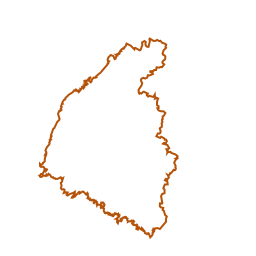 Sylhet, Sylhet, Bangladesh, rotated 292°
{"feature_id": "16705992B47932115867008", "entity_name": "Sylhet", "entity_type": "district", "adm_level": 2, "iso_a3": "BGD", "parent_name": "Bangladesh", "parent_adm1": "Sylhet", "projection": "mercator", "projection_center": [91.877, 24.89], "detail": "fine", "context": "isolated", "style": "outline", "palette": "amber", "viewbox_px": 256, "rotation_deg": 292, "n_neighbors": 0, "source": "geoboundaries", "source_scale": "gbopen_adm2", "svg_char_len": 5733}
<svg xmlns="http://www.w3.org/2000/svg" viewBox="0 0 256 256"><g transform="rotate(292 128 128)"><path d="M41.3,190.7L41.4,190.2L42.1,190.5L42.3,189.8L42.7,190.4L43.2,189.7L43.7,190.3L44.3,189.5L46.3,193.0L46.3,195.4L55.5,198.4L57.6,197.3L60.5,197.1L61.3,194.9L64.7,192.2L65.0,190.8L67.1,190.6L66.7,187.8L67.7,186.6L70.1,185.9L70.6,187.8L71.2,188.0L77.2,184.2L79.7,184.4L81.2,186.3L84.5,185.0L85.4,183.3L89.4,183.3L90.6,185.9L93.2,184.5L93.4,181.8L95.1,182.2L94.8,183.7L97.6,184.4L99.4,182.2L99.3,183.2L99.9,183.8L101.3,184.3L101.8,183.9L102.9,185.1L106.4,186.0L106.3,187.1L107.0,187.6L108.5,187.5L109.3,186.6L110.7,186.4L113.1,183.8L116.4,184.1L117.7,184.8L117.7,183.9L118.6,184.8L118.7,184.3L120.4,184.5L121.3,181.9L121.1,177.6L121.8,176.2L121.0,175.1L121.0,174.2L119.7,173.8L120.6,173.6L122.7,171.6L123.1,172.4L122.6,173.1L123.4,173.0L124.7,173.8L127.0,170.8L126.6,166.4L127.7,166.9L127.8,168.8L130.5,168.9L131.5,167.6L130.9,166.5L132.0,165.4L132.3,162.0L130.8,161.5L131.0,157.4L134.2,157.8L134.6,159.2L135.6,159.8L137.2,159.5L139.3,157.7L140.0,157.7L141.5,158.9L143.9,158.2L144.9,157.4L146.6,157.7L147.9,156.6L149.0,156.4L149.3,156.8L151.7,155.8L153.0,156.7L155.9,157.0L156.8,154.7L155.8,152.1L155.8,149.9L156.3,148.8L157.4,147.8L157.9,148.9L159.7,148.2L160.0,146.4L163.5,145.0L166.6,144.9L166.7,143.8L165.3,142.1L166.9,142.0L167.7,140.9L169.0,140.3L166.3,139.9L165.8,135.8L164.7,134.9L165.4,133.3L167.2,133.5L166.8,132.6L167.3,132.4L167.6,129.3L167.4,128.7L164.9,127.4L165.0,126.0L164.1,125.7L164.7,124.8L167.4,123.5L172.5,124.6L175.1,124.3L176.1,122.8L177.9,121.9L178.9,122.1L180.2,123.3L180.3,125.4L182.1,126.9L184.4,126.7L184.8,128.2L187.3,130.9L188.3,130.3L188.3,127.7L188.9,127.4L190.5,130.3L191.5,130.5L192.3,132.3L195.0,131.8L195.6,134.3L196.7,135.2L197.2,136.8L200.6,137.7L201.1,135.8L201.8,135.2L203.3,135.4L205.6,136.7L208.4,135.8L209.0,134.6L209.2,132.7L210.0,132.2L213.4,131.9L216.6,133.3L217.3,132.3L219.5,132.3L220.0,131.0L219.8,127.8L221.0,125.3L220.2,124.3L220.6,122.0L219.1,120.9L218.3,119.0L219.1,114.7L218.4,114.5L216.6,115.8L210.9,116.6L210.5,115.4L210.9,113.9L212.1,112.8L214.5,112.2L214.8,110.7L212.6,109.0L210.5,110.2L205.3,110.4L204.4,109.8L205.0,104.8L204.6,104.3L203.3,104.4L205.4,99.6L205.7,95.0L203.0,95.2L201.3,94.3L200.7,94.5L200.4,93.9L199.9,94.2L198.7,92.6L196.7,92.0L196.6,92.9L194.8,91.7L193.7,92.3L193.3,92.0L193.4,91.1L192.3,90.2L191.8,90.9L191.3,90.8L191.2,90.1L190.9,90.8L190.4,90.3L187.6,90.5L187.2,90.1L187.4,89.8L187.8,89.2L187.1,90.0L186.9,89.8L189.2,87.6L189.2,84.6L186.1,83.4L183.5,83.5L182.8,84.4L182.8,85.4L181.7,84.9L181.0,85.6L180.0,85.3L180.2,85.0L180.1,84.9L178.6,85.0L169.1,81.8L163.9,79.0L163.2,79.8L162.2,78.7L161.9,77.3L158.7,76.2L157.8,76.8L156.4,76.4L157.3,73.5L161.4,74.5L160.0,73.3L156.0,72.2L156.2,71.1L155.4,69.9L154.6,70.3L154.7,71.8L153.7,74.0L152.2,72.9L152.8,72.6L152.7,72.0L152.2,72.6L152.1,72.0L151.0,71.5L149.5,72.3L148.5,72.0L149.7,71.0L148.5,71.2L148.3,70.4L149.8,69.8L147.6,70.4L147.0,70.3L146.6,69.2L145.9,69.9L143.4,69.1L144.2,68.6L144.2,68.8L145.3,68.9L143.1,68.1L143.4,66.1L143.0,65.6L143.9,66.0L144.2,65.3L142.7,64.9L142.8,64.0L140.2,63.2L136.6,60.6L132.1,58.7L131.1,59.1L130.1,58.1L127.5,57.6L126.5,57.7L126.1,58.3L125.8,57.7L122.9,57.8L122.6,58.7L120.2,58.4L119.8,59.5L118.1,58.6L117.8,57.8L114.9,57.8L111.0,61.0L110.0,61.3L107.0,60.1L100.1,59.7L99.3,59.0L92.4,59.3L92.1,59.7L91.4,59.7L91.5,60.2L89.3,60.0L88.5,61.0L87.5,59.9L86.4,60.6L85.0,60.4L84.4,61.1L83.1,61.1L79.9,60.0L77.0,59.8L76.1,60.0L75.0,61.4L72.0,61.2L72.6,62.1L68.7,62.3L65.7,63.3L63.9,62.2L63.3,62.5L62.2,62.0L61.2,61.0L61.7,59.9L59.8,60.7L59.3,61.6L60.4,64.2L59.3,65.6L58.8,67.7L59.9,68.7L57.5,68.0L57.3,66.5L56.7,66.9L56.7,66.4L53.2,65.9L52.8,64.6L51.4,64.3L50.8,64.8L50.5,64.0L49.8,65.1L50.8,66.7L52.4,67.2L52.7,69.8L54.1,69.8L53.6,70.5L53.8,71.3L55.7,71.4L55.3,73.5L53.8,75.4L54.0,76.7L54.8,76.2L53.5,77.8L54.1,79.0L53.6,80.0L54.6,81.9L57.1,84.1L55.9,85.5L57.2,86.5L53.4,86.9L51.8,86.3L49.8,88.0L47.0,88.3L46.2,90.0L47.2,91.3L47.0,92.2L45.7,92.8L43.7,92.8L45.3,94.9L45.6,96.2L43.0,96.0L42.8,96.6L42.8,97.4L45.1,98.8L47.3,101.6L48.9,102.6L47.2,103.3L42.9,102.0L42.3,102.0L42.4,102.4L44.3,104.3L50.5,106.6L50.5,107.7L49.5,107.9L52.1,109.7L52.3,110.4L50.7,114.0L52.6,114.7L51.8,115.6L50.5,115.7L49.8,116.8L47.7,116.7L47.5,117.9L48.3,118.8L47.8,119.0L47.7,120.0L47.0,120.0L47.7,121.3L46.6,122.1L47.9,121.8L47.9,122.6L48.6,123.1L48.3,124.0L45.6,124.3L45.6,124.6L48.4,124.8L48.6,125.4L47.3,126.5L47.5,127.1L45.9,127.2L44.7,128.2L46.1,128.2L45.8,129.6L46.3,131.0L47.8,131.5L48.8,131.1L49.6,132.9L49.2,133.7L48.5,133.7L48.2,134.9L46.4,135.1L45.9,134.7L45.9,132.9L45.3,133.1L45.3,132.6L45.0,133.0L44.8,132.5L44.0,132.5L43.7,132.9L44.4,133.5L44.3,135.9L42.0,136.6L40.5,138.4L40.5,139.0L41.2,139.1L41.3,140.8L42.0,140.7L42.1,141.2L42.0,143.4L41.4,143.9L41.1,141.9L40.7,142.5L40.4,141.4L40.7,144.1L41.2,144.3L41.6,145.8L40.7,145.7L40.7,147.4L42.5,147.7L42.6,147.1L43.2,148.2L44.1,147.9L44.2,149.2L43.7,150.4L44.7,151.0L43.3,151.7L44.2,151.9L44.3,152.6L43.4,153.0L41.9,152.7L39.4,151.0L39.7,152.0L38.3,152.9L38.3,153.4L37.7,152.7L36.6,153.1L35.9,154.3L38.6,154.0L39.1,154.9L38.9,156.5L39.6,156.6L40.6,155.8L40.6,156.6L41.8,156.0L42.4,157.0L43.4,157.1L43.5,158.7L44.5,158.6L44.8,159.4L44.0,160.2L43.9,161.5L42.4,161.6L41.7,162.9L41.0,163.1L41.8,163.7L42.2,165.1L43.6,166.1L43.3,167.0L44.1,167.5L43.7,168.6L42.3,168.3L42.3,167.5L41.0,167.5L40.1,169.3L39.5,169.2L40.8,170.1L40.5,171.4L41.7,172.3L41.3,173.1L37.6,173.5L37.5,175.2L38.0,175.2L38.3,173.9L39.9,174.4L40.0,175.6L39.2,176.5L38.7,179.1L39.5,178.2L40.5,178.2L38.5,182.0L36.8,183.3L37.1,184.5L36.7,185.4L38.1,186.1L38.0,186.8L35.0,189.6L37.4,190.6L39.1,190.6L39.8,190.0L41.3,190.7Z" fill="none" stroke="#b45309" stroke-width="2"/></g></svg>